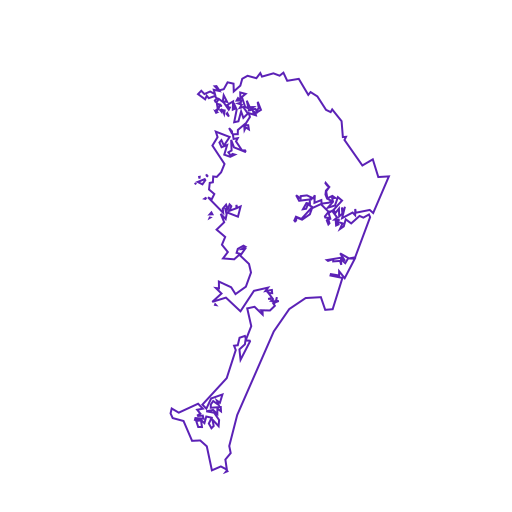 Far North District, Northland, New Zealand (orthographic projection), rotated 239°
{"feature_id": "76426892B75799514296056", "entity_name": "Far North District", "entity_type": "district", "adm_level": 2, "iso_a3": "NZL", "parent_name": "New Zealand", "parent_adm1": "Northland", "projection": "orthographic", "projection_center": [173.629, -35.034], "detail": "fine", "context": "isolated", "style": "outline", "palette": "violet", "viewbox_px": 512, "rotation_deg": 239, "n_neighbors": 0, "source": "geoboundaries", "source_scale": "gbopen_adm2", "svg_char_len": 6120}
<svg xmlns="http://www.w3.org/2000/svg" viewBox="0 0 512 512"><g transform="rotate(239 256 256)"><path d="M419.5,321.1L415.6,314.3L416.9,309.9L422.0,309.6L422.7,308.1L416.5,309.4L420.2,305.4L415.9,304.2L420.6,301.4L421.4,295.2L425.8,294.2L424.6,289.7L416.5,293.1L418.7,296.3L415.6,296.8L414.4,302.9L411.3,303.8L410.5,300.8L409.0,300.7L408.1,301.6L409.8,305.0L405.3,306.9L410.4,311.1L403.0,310.6L404.5,308.9L404.0,307.4L395.5,308.0L396.7,310.0L397.6,308.9L398.6,309.3L399.9,308.8L400.1,308.9L400.3,309.1L400.3,316.0L393.4,311.5L393.1,313.8L394.5,312.8L396.8,314.7L397.0,315.0L397.1,315.3L397.2,315.5L391.4,314.8L381.9,306.2L380.5,310.3L387.6,317.7L380.9,316.3L382.3,322.4L390.3,321.8L391.3,318.4L393.0,321.7L395.9,319.3L395.2,321.9L396.8,323.4L399.2,319.4L400.6,321.9L397.5,322.8L404.3,326.7L400.3,330.6L399.6,325.8L389.5,323.5L386.4,325.6L393.9,328.1L386.8,327.3L385.0,330.5L384.6,324.0L382.5,331.2L379.4,331.3L380.8,332.6L381.2,334.5L386.4,336.4L386.5,336.5L386.4,336.8L378.7,335.5L378.6,329.9L381.5,328.0L378.8,327.1L378.1,328.9L376.6,328.4L382.2,323.4L378.3,322.4L374.0,313.8L372.1,316.7L368.2,315.1L371.5,313.4L370.0,311.1L374.7,313.5L373.4,305.4L369.8,303.1L372.3,298.8L367.9,297.1L366.4,301.0L364.5,297.9L353.7,298.4L352.2,301.0L351.3,301.0L350.9,300.3L360.5,293.1L368.3,294.5L359.0,289.4L359.1,285.7L355.0,286.0L355.6,288.4L353.8,290.1L354.3,285.0L359.2,281.0L366.0,288.4L367.0,282.5L372.1,283.1L373.1,286.0L367.2,285.4L371.6,294.7L383.3,285.6L377.7,284.3L373.1,275.5L351.1,276.4L345.7,269.2L344.0,263.1L346.2,260.3L341.4,257.0L342.5,254.0L337.2,250.0L330.6,252.2L327.4,247.2L331.0,245.1L309.9,250.1L313.7,251.9L315.4,256.8L310.5,255.9L313.8,259.9L311.4,260.5L308.4,256.6L307.0,263.8L309.9,265.5L306.9,264.7L306.4,268.3L299.0,260.8L308.3,253.6L303.3,249.0L310.3,247.5L301.3,246.1L298.9,235.8L288.2,239.4L283.2,232.6L273.9,233.9L270.9,226.5L264.4,235.6L265.9,243.6L268.7,241.0L271.5,244.1L271.3,250.6L269.3,251.7L269.2,247.4L267.7,250.2L264.4,242.7L252.8,245.9L244.4,243.2L234.9,231.5L233.9,218.8L242.0,218.6L253.2,211.0L247.3,207.6L249.2,205.1L241.6,207.1L239.2,194.9L235.8,208.8L216.6,214.2L227.2,236.3L222.7,250.0L221.1,246.0L218.7,252.1L215.8,250.7L217.8,247.6L210.3,248.4L209.7,245.9L206.9,249.6L210.0,252.7L206.6,249.7L206.8,250.6L205.7,252.3L206.8,246.4L203.6,246.5L202.1,239.9L206.8,232.5L204.6,232.8L202.3,231.5L213.2,228.6L215.6,221.5L198.3,215.8L189.7,204.6L188.3,204.4L186.7,207.0L185.9,206.9L175.0,189.3L184.5,193.7L186.0,201.0L190.7,204.8L193.2,205.3L194.4,199.8L188.9,194.4L190.4,191.0L185.8,190.2L166.4,168.0L156.2,133.5L150.7,134.8L157.0,144.2L154.6,155.9L148.8,149.5L152.2,148.0L147.5,147.3L153.7,144.6L152.0,140.8L149.2,139.1L144.7,148.0L140.9,146.0L145.1,144.3L140.5,141.5L146.1,140.0L148.5,133.4L143.2,139.4L134.4,139.9L129.4,136.3L138.3,134.4L132.1,132.2L131.3,129.1L136.7,129.3L140.2,134.7L144.0,130.7L139.3,125.7L143.9,124.4L137.2,121.6L139.2,118.4L145.4,119.8L143.7,123.6L147.0,119.3L148.3,120.6L143.6,127.2L146.6,128.2L148.7,124.0L149.5,124.1L149.5,127.1L154.5,126.4L152.5,131.8L159.2,130.3L161.5,109.1L168.7,105.2L165.1,101.7L160.0,101.1L151.9,108.9L130.5,106.0L126.6,113.2L118.2,115.8L95.0,107.8L93.7,117.5L87.9,121.0L97.3,124.9L100.1,132.8L106.9,135.2L129.4,158.0L182.2,232.4L193.4,257.2L194.4,276.9L187.3,290.4L174.2,287.6L170.9,294.3L192.7,318.8L200.9,309.8L201.9,310.8L196.5,317.2L200.1,319.4L191.3,320.6L202.8,339.3L206.5,333.7L203.9,328.8L209.4,327.2L204.5,324.5L208.5,325.5L211.6,319.4L213.5,320.6L214.7,315.2L216.0,314.7L210.5,328.6L206.2,329.8L214.9,329.5L206.0,334.5L203.8,340.3L230.5,373.8L233.4,374.2L233.6,367.8L237.0,365.4L234.9,354.4L241.2,351.8L236.2,346.5L235.9,341.9L239.4,347.0L243.7,343.0L240.6,342.9L240.9,340.4L244.5,342.2L244.1,346.3L246.7,342.0L247.3,345.4L255.6,344.5L255.4,340.4L249.6,338.9L250.0,336.8L246.2,335.8L245.8,334.3L250.0,335.0L251.1,338.1L253.3,335.2L254.5,335.5L256.5,341.0L267.1,338.3L268.1,328.6L264.0,323.6L263.4,314.2L267.8,310.8L267.4,309.6L266.1,309.0L265.5,307.9L265.4,307.5L265.5,307.3L266.3,307.3L266.2,306.5L269.1,310.5L264.4,314.0L269.0,329.5L273.5,327.1L270.7,323.3L271.9,320.3L275.4,326.5L273.1,329.2L276.8,331.2L281.1,321.4L287.4,321.7L282.3,323.8L284.3,325.2L281.7,330.9L276.0,334.8L277.8,337.7L271.5,333.5L270.3,340.8L267.1,339.2L264.2,345.8L263.9,349.4L268.6,346.5L272.9,347.2L276.0,349.6L277.4,354.3L279.8,353.3L282.6,353.0L282.9,353.4L277.4,354.3L275.2,349.4L268.7,346.9L268.2,352.4L265.0,353.8L266.3,351.1L262.8,349.9L260.4,342.4L258.6,349.7L264.3,356.5L259.2,358.3L255.6,346.3L251.9,346.1L253.9,351.5L247.1,347.7L247.9,351.9L253.4,354.6L249.1,353.6L252.4,357.6L244.1,349.3L243.5,361.2L239.9,362.0L245.2,365.3L241.7,363.8L236.9,377.2L232.5,378.6L255.8,410.9L260.7,401.5L278.7,405.9L278.8,393.8L309.9,391.6L311.8,394.5L313.2,391.7L327.5,398.8L342.4,396.8L340.9,394.1L345.2,391.3L361.2,390.8L368.4,387.2L367.2,383.8L385.8,383.9L390.1,373.0L399.0,373.9L398.4,369.1L403.6,365.0L406.7,353.5L410.6,353.9L408.2,347.9L414.8,341.6L415.0,335.5L410.1,330.3L408.5,321.7L415.3,325.5L419.5,321.1ZM349.5,244.2L345.0,247.0L347.1,251.6L348.3,251.6L349.5,244.2ZM406.6,300.9L401.3,298.8L401.2,299.4L404.4,303.1L406.6,300.9ZM398.3,302.5L394.2,301.9L396.9,304.1L398.3,302.5ZM379.5,298.8L373.0,298.5L375.2,299.6L379.5,298.8ZM315.5,237.7L314.2,240.1L316.3,240.2L315.5,237.7ZM392.9,304.0L389.5,304.6L393.3,305.0L392.9,304.0ZM401.1,297.1L400.1,298.0L402.4,297.3L401.1,297.1ZM349.9,255.1L348.8,255.7L351.6,255.3L349.9,255.1ZM331.7,243.5L331.6,241.4L331.0,242.0L331.7,243.5ZM313.0,254.2L310.1,253.3L311.2,254.5L313.0,254.2ZM399.4,300.5L397.9,300.7L399.3,301.5L399.4,300.5ZM276.5,332.4L275.3,333.2L276.9,332.5L276.5,332.4ZM87.2,120.7L86.5,118.9L86.2,120.7L87.2,120.7ZM213.0,244.3L211.9,246.1L212.2,246.5L213.0,244.3ZM218.4,247.7L219.8,247.1L218.3,247.5L218.4,247.7ZM400.8,295.7L399.3,295.6L399.2,296.7L400.8,295.7ZM353.1,248.0L351.5,247.4L352.9,248.5L353.1,248.0ZM349.4,241.3L348.3,241.6L350.1,241.5L349.4,241.3ZM235.2,195.7L234.6,196.4L235.6,196.2L235.2,195.7ZM312.5,235.8L312.5,236.5L312.8,236.2L312.5,235.8ZM403.5,303.7L401.9,302.9L403.1,303.7L403.5,303.7ZM256.2,341.4L256.0,343.1L256.2,341.4Z" fill="none" stroke="#5b21b6" stroke-width="2"/></g></svg>